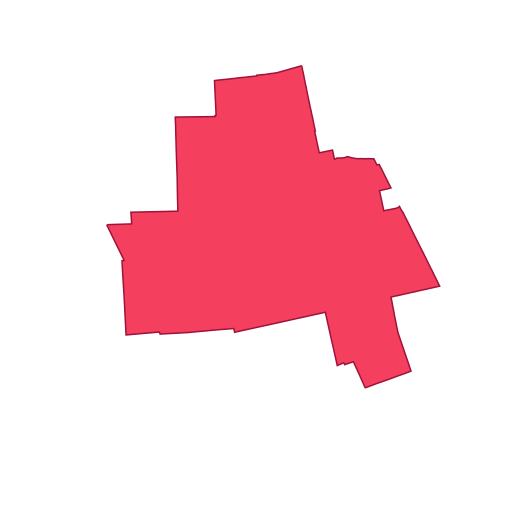 outline of Valcelele, Calarasi, Romania, rotated 62°
{"feature_id": "2599482B65802479293410", "entity_name": "Valcelele", "entity_type": "district", "adm_level": 2, "iso_a3": "ROU", "parent_name": "Romania", "parent_adm1": "Calarasi", "projection": "mercator", "projection_center": [27.174, 44.384], "detail": "fine", "context": "isolated", "style": "filled", "palette": "rose", "viewbox_px": 512, "rotation_deg": 62, "n_neighbors": 0, "source": "geoboundaries", "source_scale": "gbopen_adm2", "svg_char_len": 3876}
<svg xmlns="http://www.w3.org/2000/svg" viewBox="0 0 512 512"><g transform="rotate(62 256 256)"><path d="M197.2,376.5L197.8,376.8L201.8,378.7L213.6,384.1L230.1,391.6L247.4,399.7L264.7,407.8L277.7,377.2L280.0,377.3L280.0,377.1L280.0,376.9L280.1,376.7L280.3,376.5L284.8,366.8L287.4,361.3L289.0,357.7L290.6,354.1L290.9,353.8L293.6,347.3L296.3,340.8L298.3,336.1L300.3,331.3L303.2,324.4L309.6,309.7L313.3,310.7L328.0,258.0L338.2,221.2L364.6,228.5L375.4,231.4L390.9,235.7L391.2,232.1L391.5,228.6L392.5,228.6L393.6,228.7L394.2,224.8L394.3,224.2L394.6,222.6L395.1,219.7L396.5,219.7L409.5,220.5L412.4,220.7L421.4,221.3L423.1,221.4L423.6,221.4L423.7,220.8L423.9,219.8L424.2,217.8L424.3,217.0L424.4,215.8L424.5,215.5L425.1,210.7L425.5,207.9L425.8,206.1L426.1,204.2L426.4,202.1L426.7,200.1L427.0,198.4L427.2,196.7L427.6,194.1L427.9,191.6L428.6,186.4L429.4,181.2L429.7,179.0L430.0,176.7L430.2,174.9L430.4,173.2L427.0,172.6L423.7,172.0L414.1,170.5L404.3,168.9L396.3,167.6L393.3,167.1L390.9,166.7L388.5,166.1L384.4,164.9L374.4,161.9L367.4,159.7L364.1,158.7L359.7,157.3L356.6,156.4L356.0,156.3L355.9,156.2L355.7,156.1L355.7,155.9L356.0,154.8L356.7,152.0L357.4,149.8L357.9,148.0L358.9,144.2L359.6,141.5L360.1,139.9L360.5,138.4L361.4,135.0L362.1,132.8L362.8,130.0L363.4,127.7L364.3,124.5L365.2,121.5L365.7,119.5L366.3,117.1L366.6,116.3L367.5,112.9L368.4,109.6L368.9,108.0L362.7,107.8L356.5,107.6L351.4,107.4L349.7,107.4L348.0,107.4L346.0,107.3L345.3,107.3L342.4,107.2L339.5,107.1L336.0,107.0L334.4,107.0L332.8,106.9L328.4,106.8L325.7,106.8L322.6,106.7L320.3,106.6L317.9,106.6L315.8,106.5L313.6,106.5L310.8,106.4L309.1,106.4L306.9,106.3L305.7,106.3L304.9,106.3L303.4,106.2L301.1,106.1L297.6,106.0L295.9,106.0L293.9,105.9L291.3,105.9L288.2,105.8L287.3,105.8L286.9,105.7L286.6,105.7L286.4,105.8L286.2,105.8L285.8,105.9L284.9,106.0L284.2,106.0L282.8,106.1L281.4,106.1L279.6,106.0L279.8,106.5L279.8,107.5L279.8,108.6L279.7,109.5L279.4,110.7L276.0,121.9L256.3,116.3L258.4,108.6L259.3,104.9L258.0,104.8L254.0,104.8L250.8,104.7L248.1,104.6L245.0,104.5L241.4,104.4L238.8,104.3L235.4,104.3L233.0,104.2L232.7,105.2L232.3,106.5L225.4,106.3L224.7,107.8L223.7,109.4L222.4,111.8L221.5,113.7L219.1,117.9L218.1,120.1L217.6,120.8L217.2,121.5L214.3,125.3L211.9,127.8L211.2,128.6L211.0,129.2L210.9,130.4L210.8,131.5L210.2,133.2L208.6,136.4L207.9,137.7L207.4,139.1L207.7,140.0L207.4,141.3L198.4,138.7L194.6,151.7L190.1,150.4L185.3,149.1L179.9,147.5L175.9,146.4L173.3,145.6L173.5,144.9L168.4,143.5L164.7,142.4L162.2,141.7L159.7,140.9L157.7,140.4L156.2,140.0L152.6,138.9L151.3,138.6L150.1,138.3L148.2,137.7L146.8,137.3L144.8,136.7L142.3,136.0L140.6,135.5L137.5,134.6L134.0,133.6L132.5,133.1L130.2,132.4L128.0,131.8L127.6,131.7L126.4,131.3L124.7,130.8L122.7,130.2L120.7,129.6L118.4,128.9L115.2,128.0L113.4,127.5L112.1,127.1L110.8,126.7L110.6,126.7L110.4,126.6L110.0,126.6L109.7,126.6L109.4,126.7L109.3,126.8L109.2,127.4L108.9,128.9L108.4,131.0L108.0,133.1L107.4,135.7L107.0,137.7L106.5,139.9L106.1,142.0L105.7,143.8L105.3,145.5L104.9,147.4L104.4,149.6L104.1,151.1L103.9,151.8L103.6,152.6L103.2,153.7L102.7,155.2L101.6,157.9L101.2,159.2L100.6,160.9L100.0,162.7L99.2,164.5L97.4,168.8L97.0,169.8L96.7,170.4L97.3,171.0L96.9,172.0L96.2,173.7L95.8,174.8L94.9,176.9L93.9,179.5L92.9,182.0L91.8,184.6L90.7,187.4L89.8,189.7L88.9,192.1L88.0,194.2L87.2,196.4L86.2,198.9L85.1,201.4L84.4,203.3L83.6,205.2L83.1,206.4L82.3,208.5L81.8,209.8L81.6,210.3L113.1,225.2L112.7,226.2L113.7,226.7L95.4,262.1L105.0,266.7L106.5,267.5L109.7,269.1L112.8,270.6L115.0,271.7L118.8,273.6L121.0,274.7L125.6,277.0L127.7,278.0L131.7,280.0L136.6,282.4L141.0,284.5L143.6,285.8L147.3,287.6L149.6,288.7L156.8,292.4L158.0,293.0L158.7,293.4L159.7,293.9L163.3,295.7L167.5,297.9L170.8,299.5L176.8,302.5L179.3,303.8L179.7,304.0L158.6,345.9L169.3,350.7L158.9,371.8L158.9,373.2L198.0,374.5L197.2,376.5Z" fill="#f43f5e" stroke="#9f1239" stroke-width="1.5"/></g></svg>